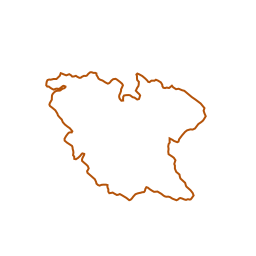 Haifa, Haifa, Israel, rotated 127°
{"feature_id": "584046B37321511847561", "entity_name": "Haifa", "entity_type": "district", "adm_level": 2, "iso_a3": "ISR", "parent_name": "Israel", "parent_adm1": "Haifa", "projection": "natural_earth1", "projection_center": [35.062, 32.763], "detail": "fine", "context": "isolated", "style": "outline", "palette": "amber", "viewbox_px": 256, "rotation_deg": 127, "n_neighbors": 0, "source": "geoboundaries", "source_scale": "gbopen_adm2", "svg_char_len": 3535}
<svg xmlns="http://www.w3.org/2000/svg" viewBox="0 0 256 256"><g transform="rotate(127 128 128)"><path d="M124.7,214.7L127.3,213.9L131.9,214.6L133.6,216.9L135.0,218.0L136.1,219.0L136.7,220.1L138.1,221.1L139.6,220.9L141.3,220.1L143.1,219.0L143.5,217.4L142.6,216.3L142.6,213.8L142.4,212.0L142.1,210.5L139.9,209.1L139.3,208.4L138.3,206.6L136.9,206.1L134.8,205.6L133.6,205.2L133.0,204.7L132.5,202.9L133.2,202.5L134.7,202.9L135.9,203.8L137.5,204.4L138.6,204.6L139.5,205.3L140.3,206.4L141.5,207.5L142.3,208.0L144.3,208.5L146.4,208.6L147.7,208.3L149.7,207.0L151.2,205.9L155.2,205.4L156.7,204.8L157.4,203.5L157.4,200.6L157.6,196.7L159.0,193.1L160.1,191.5L160.7,188.8L161.1,186.0L161.8,184.9L162.6,183.5L163.2,180.5L163.3,177.3L163.2,174.3L164.1,170.5L165.4,170.3L166.2,171.5L167.1,172.3L168.3,172.6L171.7,172.6L174.8,172.2L176.2,171.0L176.4,168.0L176.0,162.0L176.7,160.8L178.0,159.6L179.3,157.9L180.6,156.7L182.8,155.5L183.2,153.8L185.0,152.3L184.3,150.8L181.9,149.9L179.1,149.4L177.3,149.4L175.8,149.2L175.0,147.4L175.7,146.9L177.6,146.6L179.3,146.3L180.8,145.8L181.9,144.9L182.1,142.8L182.3,139.4L182.6,137.2L183.9,135.1L185.5,134.8L187.1,134.7L188.2,133.3L188.5,128.7L188.9,123.6L190.3,121.0L191.4,119.7L191.6,117.7L191.1,116.0L189.4,115.0L188.0,113.5L186.5,111.5L185.9,110.0L187.2,109.2L188.1,108.1L188.7,106.9L190.7,105.4L191.3,103.7L190.0,102.4L188.8,101.4L188.6,99.3L188.2,96.6L187.1,95.6L185.7,94.8L185.4,92.9L184.8,87.2L184.9,83.6L183.8,82.8L182.2,82.5L179.3,82.5L176.4,82.2L174.5,81.0L172.9,79.7L172.2,79.0L170.9,78.1L169.6,76.7L168.6,76.6L167.7,76.8L166.1,77.5L164.2,77.7L163.7,76.2L163.8,73.8L163.6,71.0L163.3,68.8L162.1,67.4L161.0,66.2L160.5,61.6L160.6,59.3L160.5,57.7L159.9,56.1L158.5,54.4L157.9,52.8L157.7,50.0L157.0,47.6L156.5,45.8L155.2,45.1L153.4,44.7L152.5,44.2L151.8,42.5L151.2,40.1L150.5,38.4L148.8,37.3L148.0,35.6L147.3,35.0L145.7,34.9L142.4,35.0L141.0,37.2L140.1,40.6L139.8,44.2L139.7,45.8L139.3,46.9L137.4,49.4L136.8,55.7L135.6,57.4L134.2,58.9L134.0,63.1L132.2,66.1L129.8,67.9L128.9,69.4L127.0,70.1L125.2,70.7L124.2,73.5L124.2,75.5L124.5,79.8L122.7,81.6L120.3,83.0L118.5,84.8L116.3,85.9L114.5,85.9L113.4,86.9L111.3,88.5L110.7,85.3L110.7,83.6L109.7,80.1L108.5,79.5L106.2,80.4L101.3,80.4L96.8,80.1L94.3,79.4L91.6,77.4L90.3,75.4L88.1,74.2L82.5,74.2L79.6,73.2L77.2,72.6L75.6,72.6L71.8,73.0L70.3,75.7L68.7,78.0L66.1,78.9L64.7,84.7L64.7,91.2L64.9,95.6L64.4,105.4L65.3,107.6L66.2,111.2L68.1,113.0L68.3,116.5L67.8,118.4L71.2,119.2L71.7,119.9L72.4,121.4L73.8,122.4L74.6,124.0L73.9,125.7L72.8,126.7L71.8,129.2L72.1,132.5L72.7,134.8L74.3,135.3L75.1,136.5L76.1,137.8L77.2,138.1L78.4,138.4L79.0,139.6L78.5,141.2L78.1,144.1L77.9,147.9L78.4,151.4L78.9,153.3L80.2,153.5L81.1,152.1L82.6,151.0L84.1,149.6L84.6,147.1L87.0,145.5L88.4,144.9L90.2,144.9L93.5,144.2L93.9,142.0L94.2,139.3L94.7,137.9L97.2,137.0L98.3,136.7L99.7,137.8L99.8,141.1L100.6,142.8L100.6,145.9L101.2,147.2L103.1,149.5L104.4,150.7L105.9,150.6L108.1,149.2L109.0,148.4L110.2,149.7L109.6,152.3L108.5,153.8L107.0,154.7L105.0,155.1L102.5,155.9L101.3,156.8L98.8,157.3L96.9,157.8L96.2,159.4L96.0,162.2L96.0,166.0L96.2,167.5L97.9,169.2L100.2,169.8L102.2,169.8L103.6,170.1L104.7,170.8L105.2,173.5L105.4,176.9L106.2,179.4L106.3,181.3L105.5,182.8L104.6,185.1L103.4,186.1L103.6,187.2L104.9,189.0L105.3,190.5L106.2,191.7L108.5,192.3L110.8,192.4L111.8,193.0L112.9,194.6L114.8,195.6L116.3,196.0L117.2,197.1L117.6,199.1L117.7,201.0L119.4,202.2L120.5,203.5L120.2,205.3L120.4,207.3L123.1,209.0L123.8,211.5L124.4,213.9L124.7,214.7Z" fill="none" stroke="#b45309" stroke-width="2"/></g></svg>